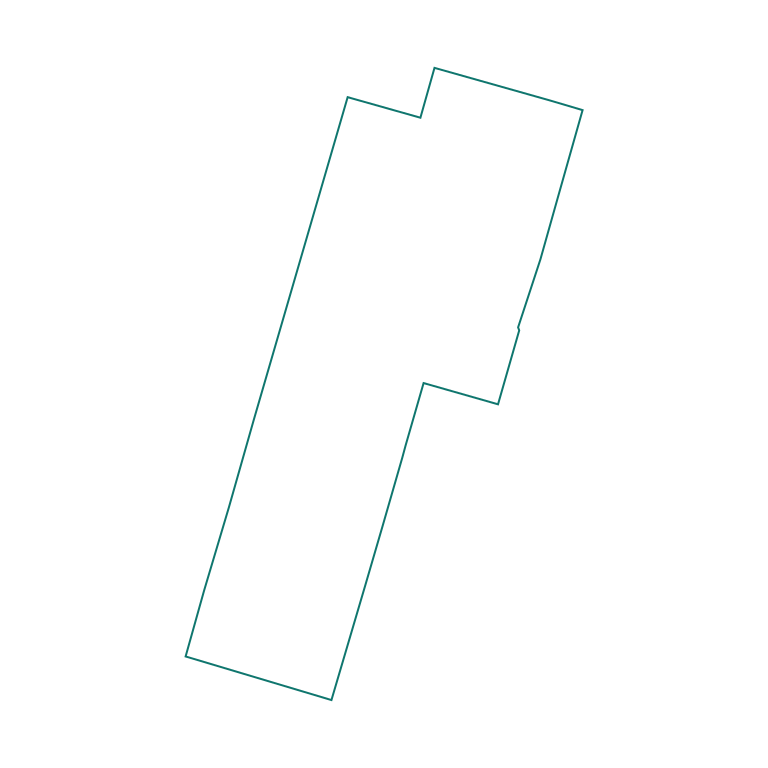 Sunflower, Mississippi, United States of America, rotated 196°
{"feature_id": "52423323B98267290722512", "entity_name": "Sunflower", "entity_type": "district", "adm_level": 2, "iso_a3": "USA", "parent_name": "United States of America", "parent_adm1": "Mississippi", "projection": "mercator", "projection_center": [-90.648, 33.629], "detail": "fine", "context": "isolated", "style": "outline", "palette": "teal", "viewbox_px": 768, "rotation_deg": 196, "n_neighbors": 0, "source": "geoboundaries", "source_scale": "gbopen_adm2", "svg_char_len": 440}
<svg xmlns="http://www.w3.org/2000/svg" viewBox="0 0 768 768"><g transform="rotate(196 384 384)"><path d="M268.8,472.8L270.7,475.4L268.0,546.9L268.3,611.5L268.6,702.0L303.7,702.3L422.6,701.8L422.4,650.0L498.0,649.7L499.3,313.8L499.1,222.5L500.0,136.0L499.6,67.4L347.4,65.7L346.5,185.6L346.2,246.7L346.1,317.9L346.3,331.1L346.2,395.8L268.8,395.9L268.8,410.4L268.8,447.7L268.8,472.8Z" fill="none" stroke="#0f766e" stroke-width="2"/></g></svg>